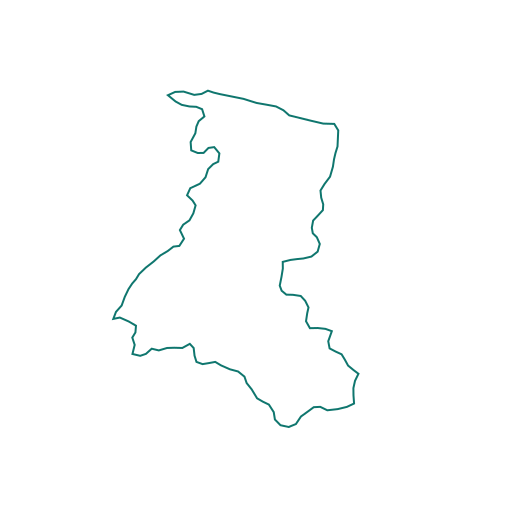 the district of Estrela Dalva, Minas Gerais, Brazil, rotated 217°
{"feature_id": "56859067B45399318958970", "entity_name": "Estrela Dalva", "entity_type": "district", "adm_level": 2, "iso_a3": "BRA", "parent_name": "Brazil", "parent_adm1": "Minas Gerais", "projection": "orthographic", "projection_center": [-42.466, -21.71], "detail": "fine", "context": "isolated", "style": "outline", "palette": "teal", "viewbox_px": 512, "rotation_deg": 217, "n_neighbors": 0, "source": "geoboundaries", "source_scale": "gbopen_adm2", "svg_char_len": 2033}
<svg xmlns="http://www.w3.org/2000/svg" viewBox="0 0 512 512"><g transform="rotate(217 256 256)"><path d="M318.3,127.1L309.9,128.1L306.3,122.4L305.7,116.4L299.4,112.0L295.7,103.4L288.4,106.6L285.0,111.6L283.5,119.2L276.8,122.1L271.7,129.0L266.1,133.5L259.5,138.2L256.0,146.0L250.4,145.0L245.1,139.4L239.8,135.6L233.6,137.5L229.3,142.0L224.8,146.9L218.1,147.6L208.7,149.8L200.8,153.0L192.6,152.7L187.0,148.9L179.2,146.9L169.5,143.0L162.8,143.8L156.3,145.1L147.9,142.0L142.5,136.8L134.6,135.6L127.0,139.1L123.0,145.8L123.5,154.9L120.8,163.6L118.9,170.0L113.9,174.2L106.2,175.7L98.6,182.9L92.6,190.2L88.9,197.2L94.3,203.4L98.7,209.1L101.8,215.9L103.3,223.6L109.5,223.6L116.5,223.9L122.7,226.7L128.5,229.0L134.9,227.6L141.6,226.5L147.0,231.4L150.2,241.6L156.7,239.6L163.4,235.6L169.5,230.8L176.8,234.0L180.7,241.2L183.1,246.5L189.7,249.8L196.2,251.0L203.2,247.2L208.5,243.4L214.6,243.7L219.2,246.6L223.1,254.7L227.0,262.1L231.1,267.4L226.1,273.6L221.4,278.2L216.7,282.5L211.4,288.9L209.4,296.6L212.3,304.0L218.7,307.6L224.3,308.3L228.4,312.1L231.7,318.7L230.8,326.6L230.2,332.9L233.4,337.7L239.0,341.8L243.9,347.1L244.6,354.7L244.6,363.9L248.3,373.6L251.9,380.2L254.5,386.1L256.8,392.5L260.7,398.2L265.9,405.8L273.0,408.6L282.0,402.2L294.0,396.9L314.1,388.3L321.8,388.9L330.0,387.5L338.8,383.1L347.6,378.6L353.7,376.4L360.5,374.0L382.4,363.5L388.2,361.0L393.9,359.1L397.0,352.7L402.3,347.5L412.8,343.7L419.3,338.4L423.1,331.4L413.2,331.0L406.3,332.0L399.1,335.4L393.5,339.2L387.4,340.8L381.2,336.4L382.9,329.2L381.5,323.5L378.3,317.5L376.8,307.7L371.3,301.4L364.5,303.2L359.9,306.8L359.0,313.7L354.9,317.8L347.0,315.9L342.9,308.6L345.5,303.6L346.5,296.6L343.7,288.5L344.3,280.0L349.3,270.6L347.6,263.0L340.0,262.1L334.7,260.1L331.7,252.3L330.6,244.4L333.0,237.2L332.4,230.9L323.9,226.5L323.3,217.9L327.6,213.8L329.5,206.8L332.7,199.0L334.4,190.1L337.0,180.4L338.5,171.2L337.9,165.3L338.3,159.5L337.9,152.9L336.2,144.4L333.5,135.6L334.2,127.1L332.1,119.9L327.7,124.9L318.3,127.1Z" fill="none" stroke="#0f766e" stroke-width="2"/></g></svg>